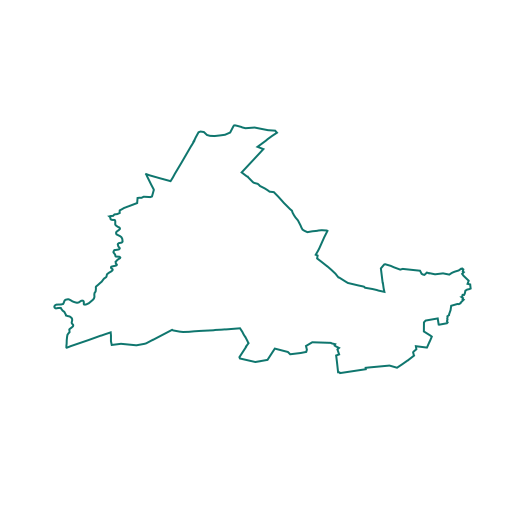 outline of Galēnu pag., Riebinu, Latvia, rotated 171°
{"feature_id": "27541924B64203251765316", "entity_name": "Galēnu pag.", "entity_type": "district", "adm_level": 2, "iso_a3": "LVA", "parent_name": "Latvia", "parent_adm1": "Riebinu", "projection": "equal_earth", "projection_center": [26.866, 56.452], "detail": "fine", "context": "isolated", "style": "outline", "palette": "teal", "viewbox_px": 512, "rotation_deg": 171, "n_neighbors": 0, "source": "geoboundaries", "source_scale": "gbopen_adm2", "svg_char_len": 6030}
<svg xmlns="http://www.w3.org/2000/svg" viewBox="0 0 512 512"><g transform="rotate(171 256 256)"><path d="M457.3,195.0L456.9,195.1L454.5,195.6L453.4,195.9L441.3,198.0L434.4,199.2L421.9,201.6L421.2,201.6L418.0,202.2L411.5,203.3L411.7,200.1L412.6,194.5L412.4,190.7L403.1,190.4L388.1,186.5L379.9,186.7L378.2,186.9L373.8,188.4L371.2,189.3L371.1,189.2L350.4,196.2L349.6,195.5L349.3,195.4L343.1,193.2L340.1,192.4L338.8,192.2L334.1,191.6L328.9,191.3L322.5,190.7L309.8,189.3L308.7,189.3L307.5,189.3L301.3,188.6L298.2,188.4L297.4,188.2L283.1,187.1L281.4,183.3L280.4,180.2L279.3,177.7L279.2,177.7L277.7,173.2L277.4,172.0L277.0,171.1L278.8,169.3L279.8,168.4L279.7,168.3L279.8,168.0L288.2,158.7L287.9,157.3L273.3,151.4L260.9,151.6L251.9,161.6L239.5,156.2L237.6,153.6L227.1,153.2L221.4,153.4L220.4,155.5L220.7,159.3L213.9,162.0L195.7,158.5L194.8,157.8L191.6,156.5L192.3,155.7L192.4,155.3L191.2,154.2L188.4,152.2L190.2,151.0L189.3,145.8L192.4,145.2L192.6,139.1L193.1,128.3L191.7,128.0L191.3,127.2L165.3,127.0L165.2,128.4L161.3,128.2L141.3,126.9L134.2,123.6L128.7,126.1L122.6,129.1L122.0,129.2L121.7,129.5L115.5,132.9L115.6,133.2L115.9,136.1L115.5,136.8L112.2,138.8L112.2,141.9L101.5,138.8L101.4,138.9L98.0,144.2L97.9,144.2L95.5,148.0L95.0,148.9L96.5,150.4L102.0,155.2L100.5,164.1L100.0,164.6L98.5,165.7L86.3,165.9L86.3,159.7L85.9,159.5L78.0,159.7L77.1,160.4L77.6,161.8L76.8,163.2L77.0,164.0L76.5,165.1L76.4,166.5L74.6,167.4L74.4,168.2L72.3,172.1L71.0,176.3L64.5,177.1L63.2,176.7L61.5,177.3L61.5,177.5L60.6,178.3L57.8,180.3L58.7,181.0L58.1,182.0L59.4,183.3L58.7,183.4L58.3,184.8L58.0,185.3L56.6,185.0L55.7,186.2L54.6,189.0L52.7,189.8L50.7,189.9L49.1,190.3L48.9,194.4L51.4,195.4L49.8,198.3L54.2,204.1L55.2,206.1L53.3,207.5L54.2,208.3L53.3,210.3L54.0,211.1L54.2,211.3L54.7,211.0L55.3,211.4L58.1,210.0L61.8,209.5L63.7,209.1L65.4,208.6L68.0,207.4L74.0,209.6L82.0,209.9L87.6,212.0L87.8,211.8L89.8,212.9L92.6,211.0L93.9,211.5L95.2,212.5L96.3,215.8L113.1,220.3L115.7,220.0L121.6,223.3L124.5,225.2L129.8,227.7L130.6,227.5L130.8,227.5L134.6,224.2L135.1,209.7L135.0,209.2L134.9,209.2L135.0,204.2L134.8,200.5L140.5,202.7L142.0,203.5L146.2,205.2L153.3,207.6L154.0,208.7L155.3,209.3L159.5,210.9L169.0,214.8L169.5,215.0L172.2,217.3L177.2,221.7L177.7,221.9L177.9,221.9L178.9,223.6L180.3,226.1L183.7,230.5L187.3,234.8L187.6,234.9L187.7,235.1L192.2,240.0L196.0,244.0L195.1,246.8L196.8,247.9L193.8,251.6L192.2,253.8L185.7,263.8L181.5,269.6L182.1,270.1L187.0,271.2L190.1,271.4L191.9,271.3L196.5,271.6L201.5,271.5L204.2,273.3L205.9,274.8L206.7,277.0L207.2,279.1L209.0,284.6L211.0,287.9L212.1,290.3L213.1,293.1L213.4,295.1L215.2,297.2L220.2,304.1L221.4,306.0L224.7,311.1L228.4,316.3L232.5,317.4L234.4,319.3L236.8,321.4L241.2,324.6L241.8,325.6L243.0,327.0L246.4,328.5L247.4,329.3L251.7,335.3L251.7,335.6L252.0,335.7L252.8,336.3L257.1,340.8L246.7,348.9L232.0,360.4L237.4,363.6L228.3,368.3L226.2,369.6L221.5,372.0L216.0,374.5L217.5,376.8L224.5,378.4L237.3,383.1L245.7,383.8L246.5,383.9L249.6,385.2L250.2,385.7L254.2,387.5L256.2,388.3L256.9,388.4L257.2,388.4L258.0,387.7L262.2,382.0L267.6,380.6L272.3,380.7L277.0,380.9L278.4,381.0L282.7,381.9L285.5,383.2L288.1,386.6L291.3,387.6L293.4,387.2L297.2,382.3L298.1,380.9L299.6,379.0L299.3,378.9L302.4,375.2L302.5,375.2L315.1,359.7L323.2,350.0L325.8,346.6L327.7,344.4L328.7,343.3L339.6,348.2L348.4,352.3L351.7,354.1L351.8,354.0L351.6,353.7L351.2,352.0L348.3,342.7L348.1,342.1L346.6,337.7L346.6,337.2L349.4,331.1L351.1,330.7L357.6,332.1L358.0,332.0L359.9,331.4L362.3,331.8L363.9,331.8L364.0,331.4L365.1,326.9L378.7,324.1L381.8,322.9L383.4,322.4L383.6,322.0L383.9,319.8L386.5,319.1L389.3,319.2L390.9,318.0L393.2,318.2L393.7,318.2L393.9,318.0L394.6,318.0L394.1,317.4L393.9,316.5L393.9,315.6L393.8,315.1L393.5,314.7L392.8,314.3L392.2,314.1L390.4,313.8L390.0,313.7L389.8,313.5L389.6,312.9L389.6,312.0L390.1,309.3L390.0,308.9L389.7,308.2L389.1,307.6L388.1,306.6L387.3,306.0L386.6,305.6L386.2,305.0L386.1,304.4L386.3,303.9L387.4,303.1L389.8,301.9L390.3,301.4L390.6,300.7L390.6,300.0L390.4,299.2L390.0,298.9L387.2,296.9L386.4,296.1L386.0,295.6L385.5,294.2L385.4,293.5L385.5,291.3L385.6,291.0L386.3,290.4L387.1,290.2L389.2,290.2L390.1,289.8L390.5,289.5L390.7,289.1L390.5,287.1L390.1,286.3L389.6,285.6L389.4,285.2L389.4,284.8L389.7,284.4L390.3,284.0L391.3,283.9L394.0,283.9L394.9,284.0L395.7,283.1L396.0,282.7L396.2,281.8L394.9,279.4L394.9,278.1L394.7,277.6L394.5,277.4L394.3,277.3L392.1,276.9L391.0,276.6L390.6,276.2L390.3,275.7L390.5,275.3L390.7,275.1L391.2,274.9L391.9,274.6L393.4,273.9L395.6,272.2L395.5,271.8L395.6,271.4L395.6,270.5L395.3,269.9L394.9,269.5L394.8,269.2L395.0,268.8L395.3,268.6L396.0,268.4L399.6,268.2L400.5,268.1L400.9,267.7L401.0,267.4L401.0,266.9L400.9,266.6L400.0,265.7L399.7,265.2L399.8,264.7L400.0,264.3L401.2,263.5L404.0,262.4L405.8,261.4L406.1,261.1L406.9,259.1L407.3,258.6L408.9,257.8L409.6,257.5L410.9,256.3L412.4,254.8L413.9,253.9L416.5,252.2L418.0,251.3L418.8,250.8L419.1,250.2L419.2,248.9L419.8,246.5L420.1,245.9L421.2,244.8L421.5,244.0L421.8,242.8L421.9,241.3L422.1,240.6L422.7,239.4L423.2,238.9L424.2,238.1L428.5,235.5L431.0,234.8L432.3,234.7L432.9,234.8L433.5,235.1L433.6,235.5L433.4,236.7L433.3,237.3L433.3,237.8L433.5,238.5L433.8,238.8L434.5,239.1L435.5,239.1L435.9,239.0L436.8,238.6L438.2,237.9L439.3,237.8L440.1,237.8L441.6,238.4L443.2,239.2L444.5,240.0L446.1,241.4L447.4,242.3L448.0,242.6L448.5,242.7L450.7,242.6L451.5,242.3L452.1,241.8L453.5,239.4L454.0,238.8L456.0,238.6L460.6,239.2L461.1,239.1L462.0,238.8L462.7,238.2L463.0,237.8L463.1,237.3L463.0,236.6L462.8,236.3L462.2,235.7L461.3,235.5L459.8,235.6L459.2,235.5L457.6,235.4L456.9,235.2L456.7,234.5L455.6,232.4L455.0,231.7L454.1,230.9L452.9,227.4L453.0,227.0L452.4,226.7L451.6,226.2L449.7,225.5L448.9,224.9L447.7,223.4L447.5,222.5L447.6,221.3L448.5,219.0L448.4,218.2L447.4,216.6L447.4,216.4L447.4,216.0L447.7,215.3L448.3,214.8L449.1,214.3L451.5,213.0L451.9,212.6L452.0,210.6L452.1,209.9L453.4,208.9L454.6,207.6L455.3,205.5L456.1,202.5L456.8,198.8L457.2,197.5L457.6,195.3L457.3,195.0Z" fill="none" stroke="#0f766e" stroke-width="2"/></g></svg>